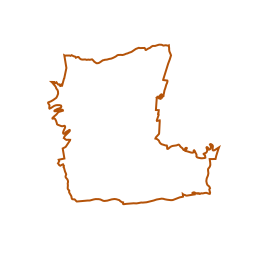 the district of Chia, Cundinamarca, Colombia, rotated 69°
{"feature_id": "7082276B36074400968325", "entity_name": "Chia", "entity_type": "district", "adm_level": 2, "iso_a3": "COL", "parent_name": "Colombia", "parent_adm1": "Cundinamarca", "projection": "orthographic", "projection_center": [-74.043, 4.869], "detail": "fine", "context": "isolated", "style": "outline", "palette": "amber", "viewbox_px": 256, "rotation_deg": 69, "n_neighbors": 0, "source": "geoboundaries", "source_scale": "gbopen_adm2", "svg_char_len": 5740}
<svg xmlns="http://www.w3.org/2000/svg" viewBox="0 0 256 256"><g transform="rotate(69 128 128)"><path d="M178.7,50.0L179.7,54.9L179.7,56.0L179.4,56.6L178.8,56.8L178.2,56.7L175.5,55.3L174.7,55.2L173.9,55.5L172.8,56.3L172.6,56.6L172.6,57.1L172.7,57.4L173.1,57.4L174.8,57.2L175.3,57.2L176.2,57.9L177.1,58.9L177.3,59.8L177.2,60.2L176.7,60.4L175.3,60.4L174.8,60.6L174.2,61.0L174.1,61.4L174.5,61.8L177.1,61.9L178.3,62.8L178.9,63.5L179.1,64.0L179.1,66.1L179.3,66.7L179.8,66.7L180.8,66.0L181.1,65.9L183.4,66.4L183.5,67.1L182.8,69.8L182.4,70.7L180.9,73.1L180.2,73.9L179.6,74.2L178.9,74.3L177.8,73.7L177.1,73.6L175.6,73.8L173.5,73.9L172.7,74.2L172.5,74.3L172.7,74.8L174.2,75.4L174.2,76.5L173.6,77.8L170.7,81.5L170.0,82.7L169.8,82.8L169.7,82.7L168.3,80.6L167.9,80.3L167.7,80.3L167.3,80.9L167.3,81.4L168.5,83.1L168.6,83.6L168.5,83.9L168.1,84.1L166.3,84.5L164.5,85.6L162.3,86.2L161.8,86.5L161.6,87.0L161.6,89.0L160.8,92.5L160.7,93.5L160.8,95.0L161.8,97.9L161.7,98.3L161.6,98.7L160.9,98.7L159.0,98.0L158.2,98.1L157.9,99.0L155.9,101.5L155.2,102.4L154.2,103.1L152.8,103.6L150.8,103.7L149.8,104.2L148.6,105.0L147.7,106.2L146.8,105.4L144.7,101.3L144.0,100.8L132.7,95.8L132.2,95.7L131.8,98.4L131.2,98.4L126.8,94.7L126.3,94.6L125.9,95.0L125.1,94.6L125.2,94.3L122.4,92.9L121.2,95.5L111.8,91.1L110.5,90.5L110.0,90.5L109.9,89.6L109.4,89.3L109.5,88.8L109.9,88.7L110.8,88.7L111.3,88.6L111.5,88.3L110.6,87.5L110.5,87.0L110.9,86.8L112.2,87.5L112.4,87.3L112.4,86.9L111.6,86.5L111.8,85.5L111.3,85.4L110.6,85.6L110.0,86.9L109.6,86.9L109.3,86.8L109.1,86.5L109.0,85.6L108.7,85.5L108.5,84.8L108.6,84.6L108.8,84.5L110.3,84.5L111.3,84.8L111.3,84.6L110.9,83.7L110.9,83.4L109.4,82.7L108.6,82.1L106.0,80.5L104.4,79.1L101.1,76.6L100.3,75.7L98.9,74.6L98.2,74.3L97.8,74.3L95.8,78.0L95.7,78.0L82.4,67.5L78.8,64.3L75.6,61.8L74.0,61.8L71.3,61.9L69.2,61.4L68.3,61.0L65.5,60.3L65.6,61.0L64.3,63.0L63.7,65.5L62.8,66.3L62.3,66.9L61.5,68.7L61.3,69.6L61.1,73.3L60.3,75.4L60.4,76.9L61.0,78.5L61.1,80.7L61.6,83.3L61.4,83.6L59.9,83.6L59.2,83.9L57.7,88.1L57.0,89.2L57.0,92.4L58.1,97.0L58.2,98.1L58.1,99.9L58.2,101.8L58.0,103.0L58.1,105.1L57.9,107.0L57.2,108.4L56.5,110.4L56.3,111.3L56.3,112.0L56.7,113.1L57.0,114.8L57.2,117.1L57.2,118.9L56.8,120.8L56.6,123.1L56.0,125.3L56.0,126.0L55.8,127.4L56.5,130.1L56.8,131.7L56.7,132.9L56.2,134.2L55.5,134.7L53.9,135.8L52.5,136.2L51.0,137.0L50.8,138.4L50.4,139.8L49.9,140.5L49.6,142.1L48.6,143.5L47.9,145.8L47.3,146.9L46.9,147.4L45.7,148.2L44.6,148.5L44.0,148.8L43.6,149.9L43.7,151.5L42.7,151.7L42.2,152.0L41.5,153.1L40.5,153.9L39.8,154.6L40.0,155.3L40.0,155.9L39.5,156.4L38.9,157.8L38.1,160.0L38.1,160.7L37.3,161.4L49.9,164.0L58.9,169.8L59.0,170.1L64.5,174.1L63.6,174.6L63.8,174.9L64.3,175.0L64.7,175.4L64.7,175.8L64.5,176.2L63.8,176.5L63.0,176.1L62.7,176.3L62.4,177.5L62.2,177.7L61.0,178.1L60.4,178.5L59.9,178.3L59.6,178.4L59.7,179.0L60.1,179.9L60.1,181.0L59.9,181.1L59.1,180.9L58.8,180.4L58.6,180.4L57.6,182.9L59.4,182.0L59.9,182.0L62.7,181.0L64.1,180.7L65.4,180.8L67.3,180.2L68.9,180.3L71.0,181.0L72.9,182.7L74.1,184.1L75.1,187.9L75.5,190.6L75.5,193.2L75.9,193.6L76.6,193.6L78.2,193.2L78.8,193.2L81.2,194.4L81.6,194.4L81.8,194.3L81.7,192.7L80.9,189.1L80.9,187.5L81.2,186.0L82.2,183.6L83.1,182.5L83.7,182.5L84.2,182.6L84.6,183.0L84.9,183.5L85.1,184.9L84.9,187.1L85.2,189.9L85.4,190.4L85.8,190.6L86.1,190.4L86.3,189.9L86.6,188.7L86.5,187.6L86.2,186.0L86.2,185.0L87.6,182.6L88.0,182.4L88.5,182.5L88.5,183.1L88.2,186.7L88.3,187.4L88.7,188.3L89.7,189.9L90.8,193.1L91.6,194.9L91.9,195.1L92.2,195.1L92.4,194.8L92.5,193.7L92.7,193.3L93.6,192.8L95.4,192.6L97.8,192.7L98.9,192.9L99.6,192.6L102.4,189.5L102.9,188.4L103.1,186.7L103.3,186.4L103.8,186.2L104.5,186.3L105.2,186.7L107.5,189.1L108.9,190.2L109.5,190.4L110.2,190.3L110.5,189.8L110.5,189.2L109.4,187.0L109.2,185.2L108.8,183.5L108.9,183.2L109.2,183.1L109.6,183.3L110.0,183.6L110.6,184.7L112.6,189.4L113.2,190.4L114.4,191.5L114.8,191.1L115.5,190.9L117.0,189.8L117.7,187.6L118.3,186.3L118.8,186.6L123.2,192.8L123.4,193.6L123.7,196.3L133.7,198.3L132.8,204.1L134.3,204.1L135.4,205.4L135.9,205.7L136.0,206.0L137.4,205.6L138.0,205.5L138.9,204.8L138.6,201.7L140.5,201.4L141.3,202.2L142.1,202.0L146.2,202.4L147.2,202.3L149.1,202.3L150.6,203.5L151.2,203.8L152.0,203.8L154.2,203.0L155.4,203.0L156.2,203.1L157.0,203.4L158.2,204.2L159.8,204.6L162.4,205.8L163.1,206.0L164.0,205.9L165.0,205.4L165.4,205.3L165.8,205.4L166.5,205.9L167.0,206.0L167.9,205.9L170.9,205.4L171.8,205.4L173.1,205.7L174.3,205.6L174.5,205.4L175.0,204.7L175.4,203.6L175.7,203.3L177.7,202.5L178.3,202.1L181.2,191.9L181.9,190.0L182.1,188.8L182.4,185.6L182.8,183.6L183.9,180.9L184.8,179.4L186.9,177.4L187.5,176.5L187.8,175.7L188.4,173.3L188.8,168.8L189.4,166.2L190.2,164.6L192.2,162.0L193.9,161.2L194.6,160.5L195.1,160.3L195.3,160.0L195.5,159.5L195.7,159.2L197.0,159.8L197.4,159.6L197.6,159.3L198.2,156.8L200.3,149.7L201.4,147.2L201.8,145.4L202.3,142.4L202.9,141.1L204.0,137.2L204.9,129.9L205.0,127.0L206.0,122.0L206.7,120.5L207.7,119.2L208.9,117.3L210.7,113.9L211.3,112.1L211.3,104.5L211.7,102.4L211.8,101.2L209.3,100.5L210.0,100.1L210.5,99.6L210.9,98.9L211.8,98.1L212.2,97.4L213.9,89.4L213.7,89.3L213.3,89.5L212.9,90.0L212.8,90.8L212.6,91.1L211.9,91.2L211.6,91.0L211.6,89.9L212.0,89.0L213.3,88.0L213.5,87.7L213.5,87.4L213.9,87.2L214.1,87.0L213.8,86.4L214.0,85.8L214.4,85.2L214.8,84.5L214.9,84.9L215.1,85.0L215.3,84.4L215.3,82.7L215.7,82.1L215.9,81.4L216.2,79.4L216.6,78.1L216.9,77.7L217.4,77.2L217.7,76.7L218.6,75.8L218.7,75.1L217.7,74.5L214.6,74.2L214.1,73.7L213.6,73.0L211.8,73.1L209.8,74.2L209.1,74.3L208.0,74.3L205.6,73.9L203.3,72.6L201.0,70.4L199.1,69.2L196.1,68.4L195.1,68.0L194.5,67.3L194.1,66.4L193.2,65.3L192.0,64.4L189.9,63.7L186.3,62.9L188.3,57.4L185.6,55.6L180.2,51.3L178.7,50.0Z" fill="none" stroke="#b45309" stroke-width="2"/></g></svg>